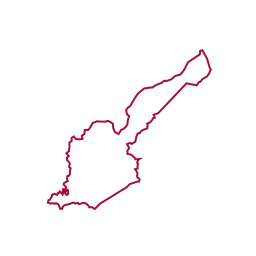 outline of Agios Theodoros Tillrias, Nicosia, Cyprus, rotated 209°
{"feature_id": "46923920B30887699565721", "entity_name": "Agios Theodoros Tillrias", "entity_type": "district", "adm_level": 2, "iso_a3": "CYP", "parent_name": "Cyprus", "parent_adm1": "Nicosia", "projection": "albers", "projection_center": [32.636, 35.157], "detail": "fine", "context": "isolated", "style": "outline", "palette": "rose", "viewbox_px": 256, "rotation_deg": 209, "n_neighbors": 0, "source": "geoboundaries", "source_scale": "gbopen_adm2", "svg_char_len": 2245}
<svg xmlns="http://www.w3.org/2000/svg" viewBox="0 0 256 256"><g transform="rotate(209 128 128)"><path d="M161.9,23.9L161.4,24.2L159.0,24.3L157.8,25.5L155.0,26.5L154.6,27.3L152.0,27.5L149.9,25.9L147.9,24.4L146.4,25.5L146.8,27.5L146.2,29.6L142.7,32.8L139.9,36.2L137.5,36.3L135.8,38.2L133.8,37.6L131.2,40.5L128.2,41.7L125.0,40.8L123.3,39.9L121.2,41.3L117.8,41.1L115.7,48.5L110.2,58.1L102.6,71.8L100.5,75.3L99.3,79.7L93.9,85.7L92.3,86.6L92.8,88.3L94.0,89.2L95.5,89.2L97.0,90.4L97.0,91.5L97.7,92.7L98.6,93.7L100.6,94.8L101.8,95.3L100.0,97.3L101.4,99.7L101.7,101.3L103.1,102.0L103.6,105.1L102.9,106.5L106.3,104.2L107.7,105.1L112.1,106.2L115.9,105.1L117.5,107.6L117.2,111.0L121.0,113.4L119.0,116.0L116.9,115.9L115.0,119.6L116.5,124.7L116.9,127.1L116.4,128.6L115.3,129.0L115.2,130.8L114.5,132.8L111.1,137.0L112.2,140.1L113.4,141.0L111.4,143.7L110.7,146.9L110.9,148.7L109.5,150.0L110.5,151.0L112.0,152.0L108.8,155.6L98.5,195.4L88.6,198.7L88.2,202.5L87.0,204.0L86.8,206.4L83.8,211.6L83.5,215.7L83.9,219.1L87.1,221.6L92.2,226.8L100.7,232.1L102.3,230.5L100.9,227.1L104.5,220.2L107.3,214.9L107.3,210.8L107.1,207.0L107.3,203.9L108.3,200.0L111.9,196.4L113.8,191.4L116.9,188.0L119.3,186.8L120.5,183.7L122.4,181.6L125.0,178.0L126.2,175.3L128.8,173.7L133.1,170.3L135.7,163.8L136.4,159.3L136.7,153.5L136.7,148.5L137.9,145.8L138.4,142.7L135.3,139.4L132.9,139.1L131.9,134.6L130.2,130.7L130.5,128.1L131.2,125.7L133.1,122.8L133.3,118.3L137.4,118.0L141.0,120.9L143.1,124.3L146.2,124.7L149.1,124.5L150.8,122.6L154.3,120.7L158.4,118.8L161.3,115.2L161.3,110.8L161.7,107.2L164.8,105.3L163.2,101.5L164.6,98.9L162.5,96.5L165.3,94.3L168.4,93.1L171.3,94.3L172.5,92.1L171.0,89.3L172.2,86.9L169.9,82.8L168.4,79.0L169.6,76.1L166.2,74.7L167.0,72.5L165.7,70.5L163.2,69.5L161.6,68.7L160.6,65.3L158.7,65.0L157.7,61.7L156.6,59.7L156.3,58.0L157.7,56.6L156.6,53.8L154.8,52.3L156.1,50.8L157.2,48.8L156.8,47.3L153.5,46.3L152.6,43.8L153.0,42.3L153.0,41.6L151.5,42.1L150.9,44.6L150.2,44.2L148.4,41.6L148.7,40.2L149.2,39.7L151.8,40.9L152.6,40.1L154.0,43.6L155.1,43.1L154.0,40.2L153.3,39.2L153.0,38.1L156.8,39.5L156.7,38.2L156.9,37.4L157.8,37.5L157.6,35.1L160.3,34.9L162.1,32.6L161.5,31.8L161.6,28.5L161.5,27.6L162.6,26.2L161.9,23.9Z" fill="none" stroke="#9f1239" stroke-width="2"/></g></svg>